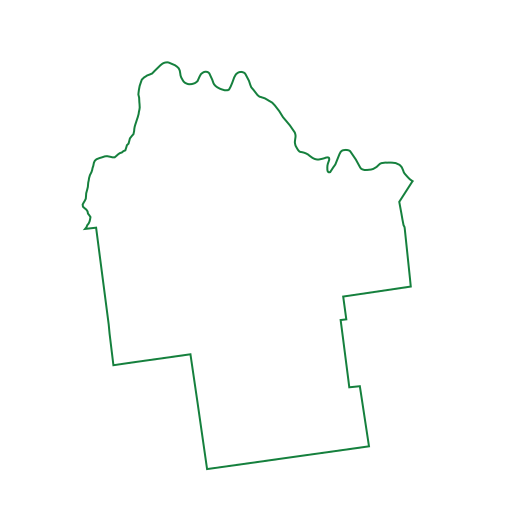 Formosa, Formosa, Argentina (Mercator projection), rotated 262°
{"feature_id": "61730980B62878855706265", "entity_name": "Formosa", "entity_type": "district", "adm_level": 2, "iso_a3": "ARG", "parent_name": "Argentina", "parent_adm1": "Formosa", "projection": "mercator", "projection_center": [-58.059, -25.972], "detail": "fine", "context": "isolated", "style": "outline", "palette": "green", "viewbox_px": 512, "rotation_deg": 262, "n_neighbors": 0, "source": "geoboundaries", "source_scale": "gbopen_adm2", "svg_char_len": 4049}
<svg xmlns="http://www.w3.org/2000/svg" viewBox="0 0 512 512"><g transform="rotate(262 256 256)"><path d="M308.3,421.5L308.9,420.8L310.2,419.4L311.4,418.4L313.2,417.1L315.0,415.9L317.0,414.6L318.4,414.0L320.4,413.6L322.2,413.1L323.6,412.7L325.3,411.6L326.3,410.8L328.3,407.7L328.6,407.2L328.8,406.4L329.5,403.7L329.7,402.6L330.0,400.4L330.3,398.1L330.4,397.9L330.5,396.8L330.5,394.9L330.5,394.7L330.5,393.2L330.1,391.7L329.4,390.6L327.4,387.8L325.9,384.2L325.6,381.9L325.7,379.3L325.7,378.6L325.9,376.6L326.1,375.3L326.2,375.1L326.6,374.2L327.1,373.2L327.9,372.2L329.1,371.5L337.6,368.3L344.1,365.1L346.7,363.8L347.6,362.7L348.1,361.5L348.4,360.5L348.4,360.3L348.6,359.3L348.6,357.9L348.6,356.9L348.3,355.8L347.4,354.4L345.2,352.8L335.6,347.3L334.0,345.8L333.2,345.0L330.0,342.2L329.0,341.3L328.8,341.2L328.7,340.8L328.7,340.3L328.7,340.2L328.8,339.7L329.2,339.2L329.7,338.9L330.4,338.7L331.4,338.7L332.0,338.7L332.4,338.8L333.5,338.9L335.5,339.3L337.4,340.0L340.1,341.4L341.1,341.9L341.9,342.0L342.3,342.0L343.0,341.9L343.3,341.6L343.4,341.3L343.6,341.0L343.7,340.3L343.7,339.7L343.7,338.9L343.4,337.7L343.2,336.5L343.0,334.6L342.8,331.5L343.0,330.1L343.4,328.9L344.0,327.5L345.3,325.6L347.5,323.3L349.2,321.7L349.5,321.4L350.8,319.5L351.7,317.8L352.5,315.8L352.9,314.4L353.4,313.6L354.3,312.9L355.5,312.2L357.9,311.2L359.8,310.5L361.9,310.3L363.3,310.3L365.3,310.8L368.4,311.7L369.5,311.9L371.0,311.9L372.9,311.6L380.7,307.7L389.8,302.0L396.2,299.2L402.5,295.6L405.6,293.4L407.6,290.9L408.0,290.3L408.8,289.4L410.9,286.7L411.8,284.9L412.1,284.2L412.7,283.1L413.2,281.8L414.0,280.9L414.5,280.5L415.3,279.8L420.9,276.6L423.7,274.8L426.1,274.2L430.5,273.4L437.5,270.9L438.7,270.2L439.2,269.6L439.6,268.9L440.0,268.1L440.3,267.2L440.4,265.9L440.4,265.1L440.2,264.3L439.9,263.4L439.5,262.7L439.0,261.8L438.1,260.9L435.8,259.2L435.4,259.0L430.7,256.5L427.2,254.4L425.3,253.0L424.6,252.5L424.4,251.8L424.1,251.2L424.3,249.5L424.5,248.0L425.2,246.5L425.9,245.0L426.8,243.4L428.5,241.1L430.0,239.6L431.8,238.4L433.2,237.9L436.7,237.2L443.3,235.2L444.2,234.5L444.9,233.7L445.2,232.9L445.5,231.8L445.5,230.9L445.3,229.6L444.9,228.8L444.3,227.6L443.6,226.6L443.4,226.5L441.7,225.2L437.4,222.5L437.4,222.4L436.6,221.4L435.7,219.5L435.4,218.0L435.2,216.3L435.3,214.7L435.4,213.6L435.9,212.2L436.6,211.0L437.4,209.8L438.8,208.6L440.1,208.0L443.2,206.8L445.3,206.4L447.3,206.4L450.2,206.3L452.6,205.6L454.4,204.2L456.2,202.3L459.7,196.5L460.1,195.3L460.2,194.0L460.2,192.9L460.0,191.7L459.7,190.7L459.3,189.8L458.7,188.8L458.4,188.2L457.9,187.5L453.2,181.1L452.7,180.5L451.4,178.8L451.2,178.6L451.1,178.3L450.7,176.6L450.5,176.1L450.1,174.1L449.8,173.0L449.3,172.1L449.0,171.4L448.8,171.0L448.6,170.3L448.4,170.1L447.9,169.3L447.2,168.4L446.6,167.5L444.7,166.5L442.7,165.5L440.7,164.5L438.7,163.8L436.6,163.1L435.8,162.9L434.4,162.5L432.3,162.0L429.1,162.3L426.9,162.1L424.7,161.9L422.5,161.8L419.2,161.5L417.1,160.9L415.0,160.1L412.9,159.5L409.9,158.2L407.9,157.2L405.0,155.8L403.0,154.8L401.0,153.9L398.9,153.2L396.7,152.7L393.7,151.6L392.3,149.9L390.0,147.5L388.0,146.7L385.0,145.4L383.7,143.6L381.7,142.7L378.8,141.3L378.3,139.3L377.2,137.6L376.8,135.4L375.8,133.5L374.5,131.6L373.4,129.8L373.7,127.6L374.5,125.6L375.6,122.4L375.7,120.2L375.1,117.0L374.8,114.8L374.0,111.5L372.8,109.7L371.0,108.5L367.9,107.4L365.9,106.4L363.9,105.7L361.9,104.7L359.2,102.8L356.3,101.5L354.2,100.9L352.1,100.1L350.0,99.6L347.8,99.1L344.8,97.9L341.8,96.6L338.5,95.9L336.4,95.4L334.6,94.2L332.9,92.8L331.1,91.5L328.9,91.5L327.2,92.9L325.6,94.4L323.6,95.4L321.4,95.5L319.5,96.6L317.6,97.5L315.4,96.8L313.4,96.0L311.5,94.8L310.0,93.2L308.1,92.1L306.6,90.5L306.3,101.6L208.6,100.6L199.7,100.2L167.7,99.6L167.8,122.2L167.8,177.4L119.0,177.7L51.8,177.9L51.8,250.5L51.8,252.2L51.8,260.7L51.8,274.2L51.8,341.4L105.8,340.8L112.6,340.7L113.0,330.1L119.0,330.2L161.5,330.7L180.8,330.9L180.7,336.6L203.7,336.7L204.2,405.0L211.3,405.3L262.3,407.1L264.0,407.1L266.0,406.4L271.7,406.1L277.9,405.9L289.7,405.4L307.7,420.9L308.3,421.5Z" fill="none" stroke="#15803d" stroke-width="2"/></g></svg>